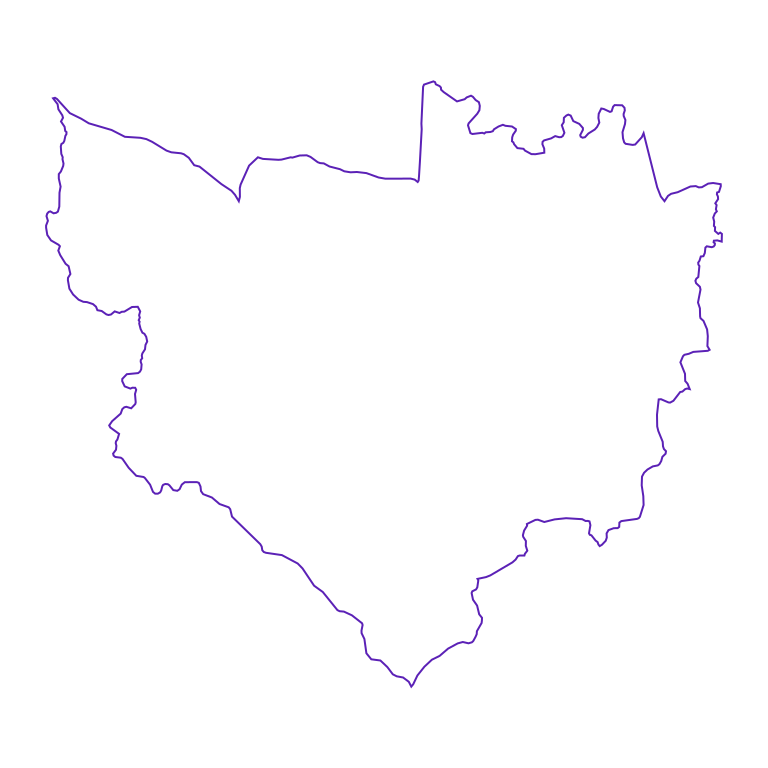 Kaloleni, Coast, Kenya (orthographic projection)
{"feature_id": "3690345B39012511095910", "entity_name": "Kaloleni", "entity_type": "district", "adm_level": 2, "iso_a3": "KEN", "parent_name": "Kenya", "parent_adm1": "Coast", "projection": "orthographic", "projection_center": [39.512, -3.773], "detail": "fine", "context": "isolated", "style": "outline", "palette": "violet", "viewbox_px": 768, "rotation_deg": 0, "n_neighbors": 0, "source": "geoboundaries", "source_scale": "gbopen_adm2", "svg_char_len": 6049}
<svg xmlns="http://www.w3.org/2000/svg" viewBox="0 0 768 768"><path d="M53.1,98.3L57.6,104.2L58.4,109.3L62.3,115.3L63.0,117.8L61.0,121.5L64.6,126.8L65.2,130.9L66.5,132.1L66.4,134.2L65.4,135.8L64.3,140.9L63.3,142.8L61.4,144.0L60.8,146.4L61.3,153.9L62.7,157.2L62.5,159.2L63.5,163.5L63.2,165.9L60.9,171.5L58.8,174.1L58.8,178.5L60.6,186.6L59.5,192.7L59.3,206.6L57.9,211.6L56.2,212.8L53.6,213.3L50.3,211.4L48.7,211.9L47.2,213.6L46.5,216.1L47.9,220.8L46.1,225.5L46.1,227.7L47.3,235.0L51.0,240.4L58.6,244.8L59.9,246.2L58.3,250.6L60.2,255.1L65.6,263.8L68.6,266.2L70.4,274.0L68.0,277.8L67.9,280.2L69.4,288.7L73.1,294.5L78.6,299.7L83.3,301.8L87.0,302.1L93.0,304.1L96.0,306.7L97.4,310.2L101.7,311.0L106.4,314.4L108.5,315.0L111.0,314.5L114.7,311.4L119.5,313.0L121.7,311.8L124.4,311.6L132.0,307.0L137.8,306.8L140.2,311.4L139.1,315.2L139.8,317.7L138.7,320.2L139.6,321.7L139.2,323.5L140.6,329.0L142.4,332.7L144.4,333.8L146.2,336.8L147.2,341.5L145.5,344.9L145.0,349.3L142.3,353.5L141.8,355.6L142.2,358.3L140.8,360.0L140.7,361.8L141.6,364.4L141.2,369.3L140.0,371.6L138.1,373.1L126.8,374.2L122.3,378.9L122.2,381.1L124.7,386.4L130.4,388.6L132.4,387.7L135.2,387.8L136.2,389.8L135.0,394.0L135.7,402.3L135.3,404.0L131.2,408.3L126.3,406.8L124.3,407.3L122.3,409.1L120.7,413.6L112.2,421.1L109.2,425.4L110.3,427.5L119.1,433.9L117.4,439.5L116.0,441.4L115.7,443.1L116.4,445.8L116.0,449.7L113.1,453.6L113.6,455.6L115.3,457.0L120.8,457.7L122.5,458.9L128.7,467.8L136.3,475.8L143.6,477.0L144.9,478.0L150.1,484.7L153.0,491.9L155.2,493.7L157.8,493.7L160.1,492.4L161.2,490.5L162.3,486.2L163.2,484.8L165.3,484.0L167.8,484.2L169.4,485.3L173.3,490.1L177.3,490.8L179.6,489.2L181.8,484.6L184.8,482.2L196.8,482.1L198.8,482.8L200.5,486.5L201.0,491.1L203.2,494.2L211.9,497.5L219.5,504.0L228.7,507.3L230.2,509.2L232.0,516.6L260.3,544.2L261.7,546.6L262.3,550.3L263.8,552.0L266.0,552.8L281.9,555.1L297.7,563.5L302.5,568.4L314.1,585.7L322.8,592.0L337.4,610.1L339.6,611.2L343.9,611.6L351.9,615.3L362.1,623.3L362.6,625.0L361.5,630.6L361.6,633.2L364.4,639.0L366.4,653.3L371.3,659.3L380.4,660.5L387.3,667.0L392.8,674.3L396.7,676.3L403.1,677.5L408.8,681.8L411.3,686.6L413.2,684.3L417.4,675.5L424.4,666.7L431.9,659.7L439.6,655.9L448.1,648.6L457.7,643.4L462.8,642.0L468.5,643.3L471.9,642.3L473.2,641.1L475.5,636.9L476.7,634.2L476.9,631.2L481.6,623.0L481.9,620.6L482.0,617.8L479.2,614.3L477.1,605.6L473.0,599.7L471.6,593.0L472.3,591.3L476.1,589.4L477.3,587.3L478.3,580.5L477.5,578.9L486.0,577.1L490.3,575.4L512.4,562.4L515.6,559.6L517.9,556.1L519.7,555.5L524.4,555.5L524.9,553.8L527.3,550.7L525.8,545.9L525.9,541.0L523.2,536.8L522.9,535.2L524.1,530.6L527.1,525.7L526.9,524.0L535.4,519.9L537.9,519.7L544.3,522.0L554.6,519.4L566.1,518.2L582.2,519.2L585.6,521.0L587.9,520.9L589.5,521.4L590.4,525.2L589.0,533.3L589.8,534.8L591.4,535.3L595.6,540.6L597.6,542.1L598.4,544.5L599.7,546.1L601.9,544.8L605.7,540.8L606.8,537.6L606.6,533.4L608.5,530.1L613.7,528.2L617.7,528.1L619.2,526.9L619.4,522.6L621.3,521.1L637.0,518.9L638.7,518.2L639.9,516.8L643.6,505.0L643.3,496.1L641.7,485.3L642.0,476.6L644.1,472.7L647.5,469.5L652.8,466.4L657.8,465.4L659.4,464.2L661.2,461.1L662.4,456.8L665.6,453.7L666.0,451.2L663.9,449.0L663.0,446.3L662.7,441.8L658.3,431.0L657.2,426.5L657.0,414.7L658.7,399.4L661.0,399.2L668.4,402.4L670.1,402.6L673.4,400.8L680.2,392.0L682.4,391.6L685.2,389.1L687.2,388.5L689.7,389.1L687.6,383.8L685.2,381.0L685.0,373.8L680.4,362.3L683.0,356.2L684.4,354.8L688.8,353.8L693.3,351.9L707.8,350.8L709.6,349.8L707.4,346.1L707.8,336.2L707.1,329.4L703.5,320.9L700.5,318.2L700.1,316.4L699.9,308.3L698.0,302.5L700.5,289.6L699.9,286.8L696.1,283.2L695.4,280.8L696.3,278.7L698.3,277.0L699.4,266.0L698.4,264.6L698.2,262.6L699.5,260.7L700.8,256.5L703.4,256.2L704.8,253.0L705.4,247.6L706.8,246.3L711.8,247.2L713.7,246.5L714.8,245.0L714.9,243.4L713.6,242.3L713.9,240.7L717.3,240.4L721.7,241.6L721.9,233.9L720.2,232.6L718.3,233.9L714.9,230.9L715.1,227.2L713.9,225.9L714.2,221.6L713.2,217.6L714.8,213.5L716.8,211.4L715.9,209.3L716.6,205.1L715.3,203.3L718.1,199.1L717.9,196.4L716.9,194.4L717.1,192.5L719.0,191.9L720.8,186.2L720.7,184.2L713.1,183.0L708.2,183.6L701.9,187.2L698.8,187.4L695.8,186.1L690.4,186.5L677.7,192.2L671.1,193.8L668.0,195.9L664.5,201.2L660.8,196.5L657.2,187.3L643.6,133.2L641.8,137.2L635.2,144.5L632.7,144.9L625.6,143.8L624.2,142.4L623.0,138.3L622.5,132.2L625.0,124.0L625.4,120.0L623.7,116.0L623.6,114.0L624.8,110.4L624.5,107.8L622.2,105.3L614.6,105.1L613.1,106.7L611.6,111.3L610.0,111.9L603.8,109.0L601.3,108.5L598.7,113.8L598.4,118.0L599.3,122.6L597.1,126.9L594.8,129.5L588.4,133.5L585.0,137.2L582.6,137.7L580.7,136.7L580.2,135.1L582.9,129.9L582.9,128.0L579.3,123.9L573.3,121.1L570.7,115.6L568.3,114.6L566.4,115.5L563.9,117.8L563.7,122.3L561.8,125.2L564.4,132.8L562.8,136.0L561.2,137.1L559.1,137.2L555.2,136.1L551.1,138.4L544.1,140.4L542.6,141.8L542.4,144.2L544.2,148.6L544.3,152.7L535.5,154.2L531.4,154.1L525.0,150.6L523.5,148.8L517.4,148.1L514.1,144.2L513.4,142.4L512.0,141.3L512.2,137.3L513.1,134.6L515.8,130.7L515.9,129.1L512.0,126.5L505.4,125.8L502.9,124.8L498.5,126.5L494.0,129.3L492.8,131.2L490.3,132.0L485.7,132.3L484.3,133.5L482.3,132.8L472.4,134.0L470.4,133.1L468.0,125.3L468.6,123.4L477.3,113.7L479.4,110.2L479.8,105.9L478.9,102.2L475.6,100.0L472.9,96.8L471.0,95.7L466.7,97.4L464.7,99.2L457.0,101.4L443.7,92.1L441.1,89.7L440.9,87.5L439.6,86.1L435.8,84.3L435.1,82.2L433.4,81.4L424.0,84.6L423.1,86.8L421.4,123.6L421.7,129.2L419.9,161.9L419.0,176.4L418.6,180.6L417.7,182.0L414.7,179.6L410.6,178.6L385.5,178.7L378.6,177.5L366.4,173.1L356.9,172.0L350.5,172.3L344.3,171.3L340.0,169.2L329.5,166.5L323.8,163.4L320.1,163.1L317.7,162.2L310.5,156.9L306.7,155.3L299.7,155.5L292.4,157.6L290.7,157.3L281.5,159.6L278.3,159.8L262.9,158.9L257.9,157.3L249.1,165.6L240.6,184.6L239.8,188.1L239.9,196.9L238.8,201.2L235.0,194.8L231.5,190.8L221.4,184.1L199.5,166.6L194.2,165.2L188.8,157.8L183.8,154.2L181.1,153.3L171.3,152.3L166.5,150.6L152.1,141.8L146.4,139.1L140.4,137.8L124.9,136.8L111.6,130.0L88.8,123.3L81.2,118.7L69.8,113.1L57.0,99.0L55.0,97.8L53.1,98.3Z" fill="none" stroke="#5b21b6" stroke-width="2"/></svg>